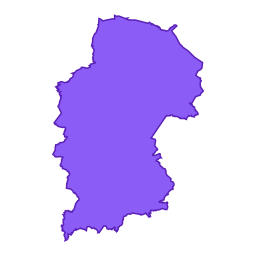 Quitupan, Jalisco, Mexico (orthographic projection)
{"feature_id": "50627088B17402794526783", "entity_name": "Quitupan", "entity_type": "district", "adm_level": 2, "iso_a3": "MEX", "parent_name": "Mexico", "parent_adm1": "Jalisco", "projection": "orthographic", "projection_center": [-102.887, 19.794], "detail": "fine", "context": "isolated", "style": "filled", "palette": "violet", "viewbox_px": 256, "rotation_deg": 0, "n_neighbors": 0, "source": "geoboundaries", "source_scale": "gbopen_adm2", "svg_char_len": 5738}
<svg xmlns="http://www.w3.org/2000/svg" viewBox="0 0 256 256"><path d="M166.8,209.6L167.5,208.1L167.7,206.2L166.8,204.5L167.7,203.0L167.0,202.1L166.4,202.7L165.0,202.9L163.4,202.5L162.7,203.1L162.2,202.9L162.3,202.0L159.6,202.4L159.2,202.0L159.9,201.1L162.3,200.1L163.9,200.0L164.4,197.3L165.1,196.6L165.2,195.9L168.0,194.5L167.1,193.6L168.4,192.9L168.4,192.1L171.1,189.6L172.9,189.4L173.0,188.2L172.4,187.5L173.9,185.3L173.9,183.7L172.9,181.9L171.0,181.3L170.7,180.4L170.9,178.6L167.1,175.4L166.0,173.5L165.9,170.6L165.0,168.8L163.5,168.5L159.7,164.9L159.4,164.1L159.7,163.7L159.4,163.5L159.6,162.7L158.8,162.5L158.5,161.6L156.2,161.0L157.0,159.5L158.1,159.3L159.2,158.2L160.2,158.0L160.6,157.3L161.0,157.5L160.1,155.9L160.2,154.0L159.4,153.6L155.3,155.4L153.0,155.4L152.6,154.7L152.8,154.2L153.9,153.8L156.4,150.3L157.1,150.2L157.5,149.5L157.2,148.6L155.3,146.6L154.8,145.2L155.6,140.5L155.0,139.3L151.1,138.1L165.8,116.5L166.7,116.2L167.0,115.6L169.9,115.9L171.2,114.8L172.1,115.1L173.1,116.3L174.1,115.9L174.8,116.5L177.3,116.5L179.8,118.0L180.1,118.5L180.8,118.1L181.6,118.6L183.0,118.6L184.2,118.1L185.3,119.1L186.4,119.4L186.5,118.5L188.6,115.7L188.8,116.0L189.8,116.0L191.0,115.9L191.3,115.5L191.7,116.4L194.4,116.9L194.8,115.5L196.4,115.0L196.4,114.5L197.9,114.5L198.0,113.4L196.8,111.5L195.4,110.7L195.7,110.1L194.6,108.9L194.5,107.0L192.5,106.3L192.3,105.9L192.6,105.7L191.9,104.4L190.7,104.4L189.7,103.2L192.0,103.0L195.6,96.7L200.4,95.0L200.8,93.1L201.5,92.9L203.1,91.3L203.1,90.6L200.5,86.9L200.1,82.5L201.2,81.0L201.1,80.4L200.4,80.1L200.2,79.6L200.5,78.1L198.9,77.6L196.0,75.5L196.3,74.1L197.7,71.6L197.6,71.1L200.0,70.0L201.8,68.3L202.6,62.6L194.7,57.4L188.1,50.9L183.2,47.5L181.4,45.7L181.5,45.5L179.6,43.8L175.9,36.6L172.2,31.8L171.8,30.6L176.8,26.0L175.9,25.0L174.1,25.1L173.6,26.0L170.2,27.9L170.1,28.5L169.5,28.7L169.5,29.4L168.1,30.6L165.9,31.1L164.6,30.3L162.9,30.3L162.3,29.9L160.7,29.7L160.3,29.4L160.2,28.2L159.1,26.9L158.5,26.7L158.9,27.6L157.9,27.5L157.7,26.3L157.0,25.7L156.5,26.0L153.3,24.8L153.5,24.5L151.7,23.6L151.3,24.4L149.6,22.3L148.0,23.3L135.2,20.0L130.5,20.1L130.0,19.8L129.5,20.2L126.6,19.1L127.6,18.1L125.2,18.5L119.0,16.1L116.5,16.3L114.6,15.4L114.6,19.2L112.5,18.8L102.6,20.9L101.2,19.5L99.0,18.5L98.7,24.1L98.0,24.5L98.5,25.3L98.4,26.2L96.0,32.8L94.7,33.8L92.8,38.2L92.6,41.8L91.6,45.9L92.8,45.9L92.4,47.5L94.0,49.5L94.0,51.1L92.8,54.3L93.6,55.1L92.6,58.0L93.4,58.8L92.9,59.8L93.6,60.7L93.2,61.6L95.1,62.2L95.2,62.9L90.3,64.3L90.3,65.3L89.2,65.7L90.3,66.7L90.3,67.1L87.8,68.0L85.5,68.1L85.4,67.8L83.2,67.3L81.3,67.4L81.0,68.6L76.2,70.8L74.4,73.2L73.9,72.8L72.2,73.3L72.7,73.5L73.4,74.9L73.0,76.6L71.9,77.8L70.1,78.7L69.8,79.8L68.9,80.6L69.0,81.1L67.8,82.1L67.3,81.7L66.9,82.3L64.7,82.6L61.0,81.6L58.5,82.9L58.1,82.1L58.0,85.1L58.6,84.5L59.9,84.6L58.0,86.2L56.7,86.4L57.6,87.9L56.3,87.5L57.2,88.6L58.6,89.2L57.6,90.1L58.6,90.1L58.1,91.2L58.4,91.1L59.2,92.4L60.5,92.0L59.3,94.2L59.9,95.1L61.9,95.7L60.8,95.9L60.5,96.4L60.7,97.3L61.3,98.0L60.8,98.5L59.5,102.1L59.4,104.0L58.1,106.0L58.1,106.8L58.9,107.8L61.4,113.1L54.1,122.9L55.8,123.8L55.2,124.4L57.1,125.3L57.9,126.3L62.4,127.5L64.3,127.2L65.6,128.1L65.4,129.7L64.8,130.1L65.2,130.8L64.2,131.8L64.3,132.8L63.5,134.2L64.6,135.2L64.7,136.9L66.0,137.0L66.6,136.6L67.2,136.9L66.7,138.2L64.8,140.0L64.5,141.3L62.3,142.6L60.2,142.6L59.5,142.9L58.7,144.2L57.5,144.2L56.8,144.9L55.8,144.8L55.2,147.8L55.3,149.9L52.9,154.4L54.4,155.5L54.7,156.4L56.1,157.0L59.9,156.6L62.9,157.3L61.5,159.9L61.8,160.6L60.9,164.1L60.3,164.6L60.5,165.9L60.8,166.4L61.5,166.2L62.3,166.7L62.5,168.6L63.7,168.8L66.9,170.2L67.2,171.1L68.4,171.5L68.2,171.7L68.9,172.9L69.7,173.6L69.4,174.9L68.3,176.0L68.3,176.5L67.6,176.8L67.2,177.8L68.3,178.9L67.2,181.7L67.2,183.1L66.7,183.7L66.5,188.2L71.0,189.2L73.0,191.1L73.5,192.7L75.0,192.6L74.9,193.5L75.7,193.8L76.8,195.1L77.4,196.8L78.0,196.9L79.0,198.4L78.7,200.4L77.7,200.7L75.7,203.6L74.0,209.6L72.4,210.8L72.4,211.8L72.1,212.2L70.6,211.4L70.1,211.9L69.4,211.8L69.3,211.2L68.5,211.1L68.5,210.6L67.3,210.6L66.4,211.0L65.4,210.7L65.1,211.7L65.2,212.1L64.0,212.8L64.8,213.8L64.8,214.2L64.3,214.6L63.1,214.6L63.8,215.5L64.0,217.0L64.6,217.4L64.1,219.3L63.2,219.4L63.5,220.2L63.1,221.6L63.5,224.6L62.7,225.2L62.8,225.8L61.8,226.4L61.5,225.9L61.4,226.6L62.2,227.1L62.6,228.2L62.1,229.0L63.0,230.0L62.4,230.1L62.1,230.6L62.7,231.0L63.6,231.0L65.3,232.7L64.4,233.8L64.1,235.3L65.2,237.7L65.2,238.5L65.6,239.3L65.1,240.6L66.4,240.1L66.2,239.4L67.8,238.9L67.8,238.1L68.6,236.8L68.1,236.5L68.2,234.2L68.6,234.7L70.3,234.1L71.0,235.0L72.2,233.5L71.8,232.8L72.3,232.9L73.1,232.2L73.7,230.7L75.2,229.9L75.5,228.8L75.9,228.9L76.2,230.1L79.5,228.5L80.0,228.7L80.6,228.1L82.3,229.0L85.5,229.7L85.6,230.3L86.4,230.7L86.6,228.3L87.1,227.3L87.6,226.6L89.4,226.5L92.2,228.5L93.3,227.9L94.4,228.0L94.7,228.8L96.1,229.1L97.3,230.5L98.2,231.9L97.8,232.7L99.1,232.7L103.9,225.9L106.0,226.1L107.3,229.0L108.4,229.3L109.6,228.8L110.7,229.2L111.5,229.0L111.6,229.6L112.0,229.6L113.0,228.3L113.7,228.2L114.3,227.2L115.0,227.3L115.0,228.5L114.4,230.0L115.8,230.7L116.5,231.8L117.2,231.3L117.1,230.5L117.5,230.5L118.3,229.2L118.0,227.5L118.9,227.1L120.0,225.7L121.1,225.4L122.2,224.2L122.3,223.2L122.6,223.0L122.4,221.3L122.7,220.2L123.0,220.2L123.2,219.8L123.6,216.9L124.0,216.4L126.3,215.7L126.6,215.0L128.3,213.9L130.6,214.2L132.3,213.0L140.4,214.4L140.7,214.9L141.2,214.9L143.7,214.3L145.7,213.0L146.5,214.4L147.9,215.2L148.3,216.4L149.0,217.1L149.4,216.7L150.5,216.5L150.0,214.8L149.1,214.2L148.9,213.7L149.2,212.9L150.7,213.2L150.6,210.6L150.9,210.3L152.1,210.6L153.0,210.3L153.7,210.9L155.1,210.0L155.6,210.6L156.4,210.5L157.1,210.0L158.3,209.6L158.8,209.9L162.5,208.5L164.1,209.2L166.8,209.6Z" fill="#8b5cf6" stroke="#5b21b6" stroke-width="1.5"/></svg>